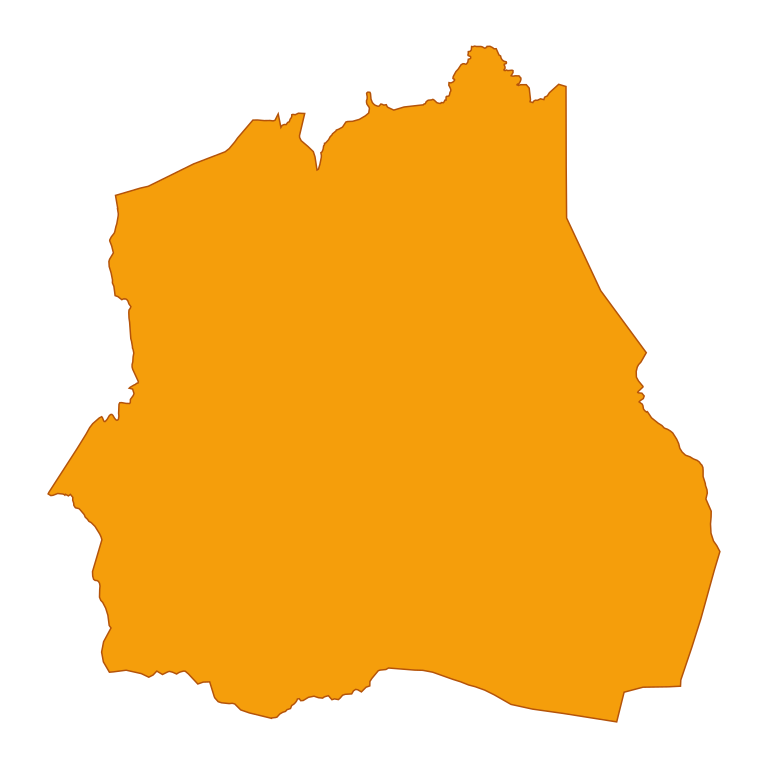 Chila, Puebla, Mexico (Natural Earth projection)
{"feature_id": "50627088B98885492847663", "entity_name": "Chila", "entity_type": "district", "adm_level": 2, "iso_a3": "MEX", "parent_name": "Mexico", "parent_adm1": "Puebla", "projection": "natural_earth1", "projection_center": [-97.885, 17.967], "detail": "fine", "context": "isolated", "style": "filled", "palette": "amber", "viewbox_px": 768, "rotation_deg": 0, "n_neighbors": 0, "source": "geoboundaries", "source_scale": "gbopen_adm2", "svg_char_len": 5979}
<svg xmlns="http://www.w3.org/2000/svg" viewBox="0 0 768 768"><path d="M271.4,718.3L271.4,718.0L275.6,717.5L277.0,717.1L279.8,714.0L282.7,712.3L285.5,711.4L287.0,709.7L290.5,708.5L291.7,705.5L293.8,704.2L295.5,702.5L296.8,700.6L297.4,699.0L299.3,698.7L300.7,700.7L303.2,700.5L308.5,697.3L314.0,696.2L318.5,697.7L322.6,698.1L324.5,696.8L328.4,695.7L331.9,699.7L334.5,698.9L338.4,699.6L340.1,698.1L342.6,695.2L345.2,694.3L351.7,693.9L353.5,690.8L355.7,689.4L357.8,689.8L361.4,691.9L366.1,687.2L369.8,685.9L369.9,681.5L371.9,678.4L378.3,670.7L380.1,670.1L385.9,669.5L388.5,668.0L414.8,670.1L422.7,670.3L432.7,672.2L452.7,679.3L460.6,681.8L468.7,685.0L475.2,686.7L484.7,690.1L494.2,694.8L511.0,704.4L532.5,709.1L563.7,713.5L616.7,721.9L624.1,692.2L643.0,687.2L668.4,686.8L680.5,686.2L680.8,680.0L691.7,647.7L700.8,619.0L714.4,569.9L719.9,551.6L716.8,545.7L713.5,541.0L711.0,533.2L710.5,524.0L711.1,516.8L711.2,511.2L705.9,499.0L707.3,493.1L707.0,489.8L705.5,485.4L705.3,483.5L703.1,476.5L703.1,470.6L702.9,467.5L701.8,465.0L700.8,464.1L699.3,462.0L697.2,460.4L693.4,458.9L690.0,456.8L685.5,455.2L682.1,452.0L679.8,448.3L678.7,443.7L676.7,439.2L672.7,432.9L670.4,431.0L667.6,429.3L664.3,428.1L661.9,425.5L658.2,423.2L651.5,417.8L647.7,412.1L647.2,411.6L646.5,412.1L644.7,410.6L643.5,409.0L642.9,405.6L642.2,404.1L639.1,401.9L640.3,400.6L643.3,398.6L644.2,396.0L641.9,393.2L638.2,392.8L637.7,392.3L638.1,391.6L642.9,387.1L643.0,386.4L638.5,381.0L636.4,377.2L636.2,371.4L637.3,367.0L638.6,364.6L640.9,362.1L646.3,352.7L600.7,290.7L566.6,218.0L566.2,165.6L566.0,86.5L558.7,84.3L549.4,92.7L547.3,95.9L544.6,97.2L543.9,99.6L540.5,98.8L537.4,100.3L535.3,100.2L533.6,101.2L532.8,102.6L530.0,101.7L530.5,99.7L529.2,88.1L526.3,84.7L520.5,84.7L518.5,85.5L517.0,84.8L517.5,84.1L518.4,84.0L519.3,83.1L520.3,81.4L520.9,79.6L520.9,78.0L520.2,77.5L519.5,76.2L518.8,75.9L514.8,75.8L514.2,76.1L512.5,76.1L511.1,75.7L513.0,72.6L513.0,70.6L512.1,70.2L507.8,70.6L506.5,70.0L505.2,70.6L504.2,70.4L504.0,69.5L504.7,68.9L505.1,68.0L504.9,66.5L504.2,65.0L504.3,64.1L505.9,63.7L506.3,63.3L506.5,62.9L506.2,61.8L503.7,61.1L502.0,59.7L501.0,57.8L500.6,56.0L499.0,55.0L496.2,48.7L494.1,48.8L492.6,47.6L490.0,46.3L487.0,46.4L486.8,47.0L486.3,47.2L485.9,47.8L484.7,48.2L482.4,46.9L481.0,46.5L476.5,46.5L474.6,46.1L472.8,46.7L471.6,46.5L471.3,49.9L470.2,51.3L468.3,51.6L468.2,54.1L467.9,54.9L468.2,55.6L470.4,56.5L470.7,57.0L470.6,58.3L469.5,59.0L468.3,59.2L467.8,62.2L466.3,64.1L465.5,64.2L464.5,63.8L463.0,63.7L461.1,64.7L458.2,69.1L455.9,71.6L453.3,76.4L452.9,78.3L453.5,79.0L454.4,79.2L454.6,79.7L454.5,80.4L453.1,81.9L451.5,82.7L450.6,82.9L449.0,82.6L448.8,85.2L450.2,87.9L450.8,89.7L450.8,90.9L450.0,92.3L449.4,95.1L448.9,95.9L448.0,96.3L446.8,96.3L446.1,96.9L446.0,100.1L444.8,100.2L444.2,101.7L443.2,102.8L441.7,102.5L441.2,102.6L441.1,103.1L440.3,103.5L438.6,103.2L436.9,102.7L434.3,100.2L433.0,99.4L432.6,99.4L431.6,99.9L428.3,100.2L427.7,100.5L426.2,101.7L425.3,103.7L424.0,104.0L423.4,104.8L404.0,107.0L393.8,110.1L388.0,107.4L387.2,106.7L386.3,104.7L383.7,105.1L382.7,104.5L380.9,104.0L379.2,106.0L378.0,106.3L375.1,105.2L373.8,104.2L372.3,102.5L371.0,99.1L370.5,93.6L369.9,92.3L367.9,92.1L366.9,92.8L366.6,93.5L367.2,96.8L367.1,99.1L366.5,100.6L366.5,102.3L366.9,104.1L369.2,107.5L369.4,108.7L368.7,113.0L365.4,115.8L359.3,119.4L352.6,121.3L347.7,121.5L345.9,122.0L342.5,127.1L338.7,129.2L336.3,130.1L335.9,131.0L332.5,133.8L331.9,135.0L330.2,136.7L328.6,139.7L325.6,143.0L324.5,143.3L324.5,144.6L323.6,146.0L323.1,149.2L322.1,151.8L320.9,152.7L321.4,155.4L321.3,157.4L319.9,164.4L318.4,169.2L317.0,170.0L315.0,156.8L313.3,151.6L308.0,146.5L301.2,140.7L299.6,137.5L299.5,135.6L304.7,113.5L298.4,113.2L295.3,114.7L292.9,114.4L291.8,114.7L291.7,116.6L291.2,117.8L290.2,119.1L289.3,121.7L287.6,122.5L286.2,124.6L284.2,124.5L282.1,125.4L280.9,127.4L278.2,113.9L275.0,120.3L273.1,120.9L270.0,120.5L264.2,120.6L257.5,120.0L252.9,120.1L237.5,138.1L234.9,141.8L229.2,148.6L225.1,151.8L193.8,163.8L148.2,186.3L140.3,188.1L115.5,195.4L117.8,208.8L117.5,208.8L118.3,213.7L118.2,215.8L116.8,223.8L115.9,226.6L114.8,231.6L114.2,233.2L111.3,236.9L109.8,239.8L109.7,240.8L111.7,246.0L113.4,252.9L109.6,259.2L108.9,261.5L109.2,266.6L111.1,272.9L112.5,279.9L112.4,282.9L113.9,286.4L115.1,295.6L117.9,296.6L121.8,299.7L124.1,298.7L124.8,299.1L125.7,298.9L126.9,299.7L127.9,301.0L129.0,304.0L130.9,306.6L130.2,308.4L129.0,310.0L128.8,312.5L129.0,318.0L129.6,322.1L130.8,338.7L131.5,341.2L132.4,346.4L132.5,348.1L133.1,349.5L133.8,353.1L133.1,356.9L132.8,361.8L132.1,364.5L132.1,367.0L132.7,369.3L138.0,380.8L138.3,381.6L138.0,383.0L136.5,383.4L135.3,384.5L134.2,384.9L130.1,387.3L129.2,388.2L132.6,389.1L134.0,393.5L133.3,395.4L130.4,399.4L130.3,402.5L129.6,403.5L126.0,403.4L121.6,402.6L119.8,402.7L119.0,404.2L118.6,413.4L118.9,416.1L118.4,419.3L117.7,420.0L116.9,420.3L115.9,419.8L114.6,418.3L112.9,415.4L111.8,414.4L110.7,414.5L109.4,415.5L107.1,419.4L105.2,421.5L104.2,421.5L103.5,420.4L102.5,417.8L101.7,416.7L99.3,417.9L92.7,423.7L89.7,427.6L86.2,433.9L77.1,448.6L48.9,492.3L48.1,493.9L50.8,495.6L53.0,495.3L57.7,493.5L62.7,494.0L64.1,494.5L64.9,495.2L65.5,494.3L68.4,495.9L70.4,494.4L72.8,497.3L72.7,500.2L73.7,503.2L73.8,505.2L74.7,506.8L75.5,507.8L78.9,508.6L80.0,509.6L84.2,514.6L85.2,517.1L87.4,519.2L88.9,521.3L91.3,522.7L95.0,526.4L99.8,534.1L101.1,537.0L101.9,539.8L92.5,571.6L92.7,576.1L93.6,579.3L95.1,580.4L97.2,580.6L98.5,581.5L99.5,583.2L100.0,586.0L99.7,589.5L99.5,597.2L100.8,600.4L102.7,602.4L105.7,608.2L107.9,615.3L109.2,625.5L111.0,628.0L103.6,641.7L101.6,652.1L103.4,661.9L109.4,672.2L113.1,671.9L126.2,670.2L141.3,673.6L148.8,677.2L153.1,675.0L156.8,671.1L162.5,674.5L167.9,671.8L169.5,671.4L172.6,672.2L176.6,674.0L178.8,672.6L180.5,671.9L183.5,671.1L185.2,671.2L188.4,673.9L197.8,684.0L203.2,682.1L209.7,681.9L214.3,696.8L214.9,698.0L218.2,701.7L221.6,702.8L229.2,703.6L232.2,703.3L234.7,703.9L240.7,709.9L249.3,712.9L271.4,718.3Z" fill="#f59e0b" stroke="#b45309" stroke-width="1.5"/></svg>